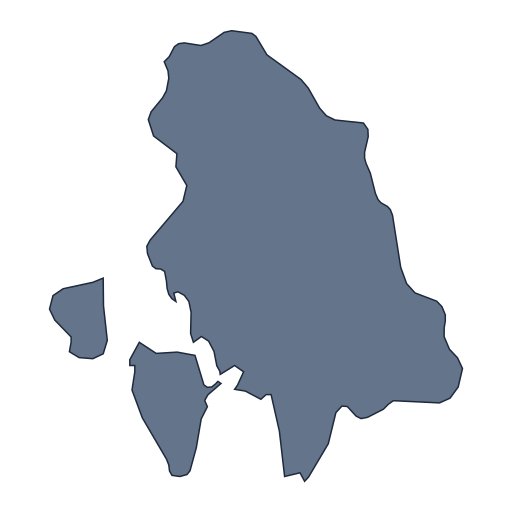 Carbonia-Iglesias, Mercator projection
{"feature_id": "ITA-5371", "entity_name": "Carbonia-Iglesias", "entity_type": "Province", "adm_level": 1, "iso_a3": "ITA", "parent_name": "Italy", "parent_adm1": "", "projection": "mercator", "projection_center": [8.512, 39.219], "detail": "fine", "context": "isolated", "style": "filled", "palette": "slate", "viewbox_px": 512, "rotation_deg": 0, "n_neighbors": 0, "source": "natural_earth", "source_scale": "10m", "svg_char_len": 1918}
<svg xmlns="http://www.w3.org/2000/svg" viewBox="0 0 512 512"><path d="M304.6,481.3L300.0,472.8L284.6,476.5L279.4,431.3L271.1,394.6L266.1,394.6L260.9,399.3L245.4,391.1L234.6,389.3L237.6,385.0L243.6,371.8L234.6,365.5L220.2,374.4L219.8,371.2L216.8,365.8L214.0,351.4L208.6,341.1L201.4,336.5L193.4,342.3L190.6,333.4L191.1,312.4L188.9,301.5L184.3,295.3L177.9,291.8L173.8,293.1L175.9,301.5L171.8,298.6L168.8,294.3L167.1,288.4L166.4,280.8L164.6,271.4L160.6,269.0L155.9,268.7L152.4,266.0L147.5,253.6L146.8,246.3L150.1,240.1L183.0,201.3L186.8,185.5L175.9,166.8L176.9,153.7L153.6,136.0L148.3,119.6L151.1,111.8L162.6,97.8L166.4,90.8L168.8,78.2L168.0,70.8L164.2,61.7L169.2,56.7L174.5,46.6L178.6,43.7L184.3,42.9L200.9,45.5L208.9,42.8L224.1,32.4L231.7,30.7L251.9,33.4L255.9,36.4L266.9,54.8L301.0,79.5L308.2,88.0L319.6,108.1L326.4,115.8L335.0,120.0L363.4,123.0L367.9,129.4L368.2,136.7L364.6,152.3L364.6,158.1L366.0,163.3L370.3,173.1L375.4,193.4L378.0,199.5L380.8,202.7L387.6,206.6L390.3,209.6L392.5,215.2L400.7,267.3L406.6,283.6L415.0,292.9L436.7,301.2L441.9,306.6L445.3,314.9L445.3,321.1L444.2,327.6L444.1,336.6L449.4,349.2L457.5,357.8L462.5,368.5L458.2,387.0L450.0,398.2L439.5,402.9L393.4,400.7L388.5,404.1L383.4,409.2L367.6,417.3L361.1,418.6L356.1,416.1L347.3,406.5L341.9,406.1L335.9,412.6L328.3,443.7L308.5,477.1L304.6,481.3ZM202.5,380.3L203.9,384.9L207.3,387.3L211.7,387.0L216.0,383.5L216.6,382.7L217.9,381.4L221.0,383.5L207.9,394.8L204.7,400.5L207.4,406.7L201.2,418.9L196.3,447.7L190.0,470.8L187.0,474.5L180.0,476.5L172.0,475.4L169.5,471.0L168.8,465.0L166.4,459.0L142.3,417.8L132.0,390.0L134.8,371.8L134.8,365.5L129.8,365.5L129.8,359.7L139.3,342.3L156.2,353.4L177.2,352.1L195.0,355.4L202.5,380.3ZM103.2,278.1L103.5,305.9L107.3,340.4L103.2,353.8L92.8,358.7L79.1,357.6L69.4,351.7L71.1,342.3L71.1,336.9L54.8,320.1L49.5,309.1L53.0,295.6L63.2,288.7L92.9,282.3L103.2,278.1Z" fill="#64748b" stroke="#1e293b" stroke-width="1.5"/></svg>